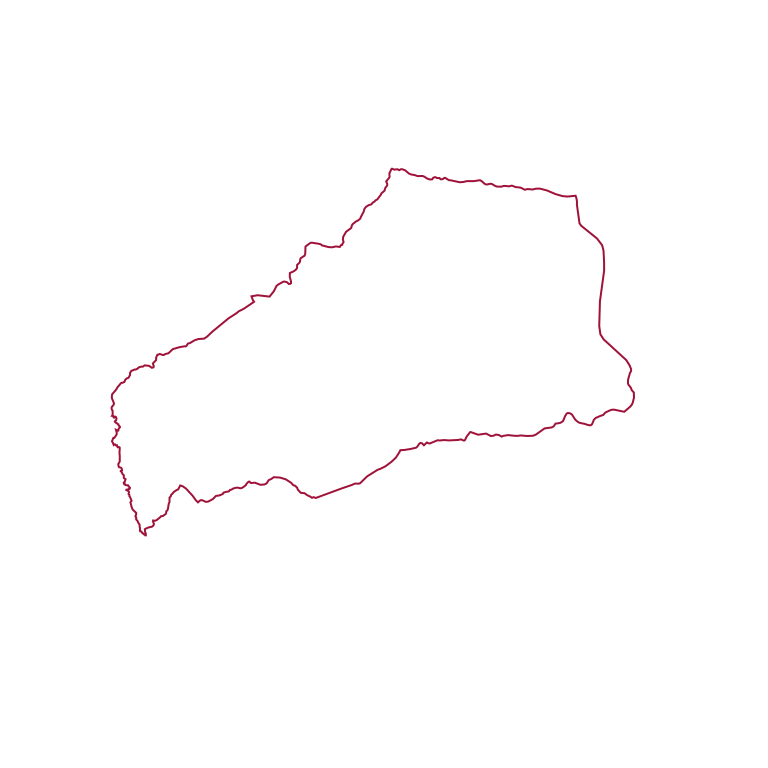 El Molino, La Guajira, Colombia (orthographic projection), rotated 308°
{"feature_id": "7082276B93784631738012", "entity_name": "El Molino", "entity_type": "district", "adm_level": 2, "iso_a3": "COL", "parent_name": "Colombia", "parent_adm1": "La Guajira", "projection": "orthographic", "projection_center": [-72.929, 10.627], "detail": "fine", "context": "isolated", "style": "outline", "palette": "rose", "viewbox_px": 768, "rotation_deg": 308, "n_neighbors": 0, "source": "geoboundaries", "source_scale": "gbopen_adm2", "svg_char_len": 6154}
<svg xmlns="http://www.w3.org/2000/svg" viewBox="0 0 768 768"><g transform="rotate(308 384 384)"><path d="M650.3,419.1L644.6,413.1L642.0,409.0L639.3,402.4L636.8,393.1L633.9,386.5L631.4,383.4L628.8,381.4L626.0,377.1L623.8,375.4L622.8,370.6L620.1,366.3L619.3,363.3L618.8,362.4L616.8,360.9L614.6,357.4L613.6,356.3L611.6,354.8L609.2,351.6L608.5,349.7L608.1,346.1L607.3,344.5L604.8,342.5L604.0,341.5L603.7,339.6L604.0,336.1L603.7,334.2L599.0,329.7L594.8,324.3L592.2,322.3L589.7,319.6L585.6,311.2L584.6,309.7L584.1,305.3L583.6,304.7L581.6,304.1L580.3,302.9L580.2,302.0L580.5,300.9L578.9,299.0L578.7,297.3L578.2,296.6L576.7,295.8L575.0,296.0L573.5,294.4L572.5,291.8L572.2,288.1L571.7,286.4L568.4,282.3L567.6,279.7L565.7,276.1L565.2,273.9L565.4,269.1L564.4,266.0L563.5,265.0L561.8,264.3L561.5,262.4L559.2,260.0L558.6,257.7L558.1,257.5L553.2,258.6L550.9,260.7L550.0,261.1L545.0,261.0L543.7,263.3L542.9,264.0L542.1,264.3L539.4,264.3L536.6,265.4L532.7,264.6L531.1,265.0L525.4,265.1L523.3,264.2L521.9,264.2L520.2,263.5L517.8,263.4L515.4,261.8L512.4,260.7L509.8,260.8L507.3,261.9L501.0,263.0L499.8,263.5L497.0,262.9L494.9,261.9L490.8,260.9L489.2,261.0L486.8,262.1L480.6,260.4L474.9,261.2L472.5,262.7L470.9,264.8L468.9,264.9L468.0,265.4L467.0,264.6L464.8,264.8L462.7,261.3L459.8,259.0L457.7,255.9L455.0,249.7L455.2,248.5L454.4,246.4L451.2,240.6L450.4,239.5L448.9,238.8L444.0,237.5L437.9,241.9L436.2,242.4L431.9,240.9L430.9,241.1L428.6,242.5L427.3,242.7L424.4,242.2L421.8,244.1L420.1,244.2L417.5,243.6L413.5,241.5L410.4,243.8L407.7,247.4L406.2,248.7L405.2,248.4L404.2,247.4L404.5,244.9L403.4,242.4L402.5,241.6L397.2,239.4L395.3,238.9L389.1,240.1L382.4,240.0L376.1,229.7L371.5,225.6L369.3,229.2L368.8,231.0L356.7,227.1L351.9,224.8L349.8,224.4L339.8,221.0L320.0,216.6L312.3,215.4L309.0,214.3L305.1,210.0L301.8,207.8L296.9,205.9L295.0,204.6L292.2,204.9L291.5,204.5L290.8,203.5L286.9,200.0L281.4,196.1L275.5,195.2L273.0,193.2L271.3,192.6L270.8,192.1L269.6,188.8L268.2,188.1L267.6,187.4L264.6,188.2L263.8,188.6L263.5,189.1L262.4,189.7L257.9,189.2L256.3,191.6L255.2,192.1L253.8,191.0L253.7,187.7L251.3,183.9L249.4,183.4L248.4,182.2L246.3,180.6L244.2,180.3L242.5,179.4L241.6,178.3L240.4,177.9L239.0,176.8L236.5,177.0L234.8,178.3L232.0,178.8L231.1,178.6L230.4,178.0L228.3,177.5L225.7,178.2L225.0,177.6L224.0,177.3L223.3,176.4L222.7,176.2L217.4,176.0L214.6,176.4L208.6,176.1L206.3,177.4L205.1,178.6L202.5,183.2L200.8,183.8L198.9,183.6L197.4,184.0L196.2,185.4L195.8,186.7L192.7,189.1L191.5,189.3L192.1,190.1L191.3,191.3L191.3,192.0L192.8,192.1L193.0,193.0L192.1,194.5L190.5,195.2L189.6,194.9L188.6,195.1L188.4,196.7L188.7,197.2L188.5,198.6L188.7,199.6L188.0,200.3L187.7,202.3L187.3,202.6L186.2,202.4L185.0,202.6L183.7,203.3L183.3,203.0L182.9,201.0L181.0,203.5L179.5,204.4L175.6,204.7L174.9,203.9L171.4,204.9L170.8,206.5L169.5,208.6L170.7,208.9L170.9,209.3L170.6,210.5L171.3,211.4L170.6,212.0L170.2,213.2L171.2,214.0L171.3,214.5L171.0,215.1L166.8,218.0L164.6,220.1L160.2,223.5L157.3,223.9L155.7,225.6L155.3,226.4L156.1,228.1L156.0,229.2L154.7,230.7L153.4,230.1L153.1,230.3L153.2,231.4L152.1,233.4L151.9,235.2L150.1,236.5L149.7,237.1L149.9,238.9L147.1,240.0L146.2,239.6L145.6,240.1L145.8,240.8L145.1,241.2L145.4,241.8L145.2,242.5L146.6,244.8L145.9,246.0L146.1,246.4L145.9,247.6L145.0,248.1L144.4,248.0L144.0,247.5L143.7,247.6L142.2,246.1L141.8,246.2L142.2,248.5L141.9,249.6L140.0,250.5L139.9,251.6L138.8,252.5L138.6,253.4L137.3,255.8L136.5,257.0L134.7,257.0L131.7,260.8L130.3,263.3L129.9,268.0L129.1,268.7L126.5,269.7L126.4,270.8L124.7,272.1L124.3,274.2L123.3,275.9L122.8,277.8L121.7,278.9L121.1,279.2L120.2,280.5L118.4,281.8L117.8,282.6L118.4,283.6L117.7,285.6L118.0,286.3L117.7,287.3L118.1,288.2L117.7,289.0L118.1,289.5L119.6,288.2L120.4,286.8L122.2,285.0L122.7,285.0L125.9,286.7L128.7,289.0L130.7,289.4L131.5,289.1L132.2,288.7L133.4,286.7L134.3,286.1L135.3,287.8L136.7,288.6L141.3,289.7L142.5,289.7L144.0,291.1L147.3,292.0L147.9,291.9L149.7,290.8L151.1,291.1L153.0,290.4L157.1,288.1L159.0,287.6L162.3,285.0L164.3,285.1L165.8,284.5L167.1,284.8L169.7,284.8L170.8,285.3L172.7,285.8L174.2,286.7L178.6,285.9L179.5,288.5L179.7,292.4L178.1,302.1L176.5,307.4L176.2,310.3L178.7,310.7L179.9,311.4L180.5,312.3L181.4,316.0L182.0,316.8L183.2,317.9L188.0,320.0L192.4,320.5L194.6,322.7L197.3,324.3L198.4,324.7L199.5,324.4L202.0,326.1L203.7,327.8L205.8,327.9L206.9,328.9L208.6,329.4L210.6,330.8L212.2,332.4L213.4,335.0L214.4,335.9L216.4,336.7L219.2,337.4L220.8,337.1L223.6,337.4L224.3,338.2L224.0,339.2L224.2,340.4L226.7,342.9L228.5,348.7L231.2,351.6L233.4,352.7L237.2,352.3L239.9,353.7L242.7,354.5L246.3,359.8L248.4,365.3L249.0,371.7L248.4,374.8L249.1,376.6L248.8,379.4L247.7,381.1L247.0,385.4L249.0,388.6L249.1,392.0L249.9,395.4L250.0,397.3L251.5,398.2L252.0,399.9L252.5,400.6L275.6,414.9L284.6,420.8L286.8,421.9L287.8,422.6L290.0,425.6L291.3,426.3L300.9,427.6L312.5,431.8L314.8,433.3L320.0,435.8L327.4,437.8L333.5,438.7L339.7,438.1L342.0,437.7L344.4,440.5L348.9,444.7L353.4,448.4L354.9,448.8L358.6,448.6L359.9,448.9L360.7,450.6L360.3,453.2L364.3,453.8L364.9,456.2L365.6,456.8L372.7,460.9L373.8,462.7L376.7,465.7L379.6,470.0L385.5,476.8L387.8,478.8L388.4,481.4L388.9,482.1L389.8,482.3L393.6,481.5L399.1,481.5L399.5,481.9L402.0,489.4L407.8,495.0L408.8,500.3L410.9,502.3L413.1,503.3L414.6,506.2L415.0,509.1L416.4,509.8L420.1,513.2L423.4,518.5L425.2,521.0L427.7,523.5L431.3,529.0L434.9,533.2L437.3,534.7L447.9,537.9L452.7,542.6L454.0,543.4L455.3,543.8L458.3,543.5L461.4,546.5L462.7,547.2L465.2,547.9L470.0,546.5L472.4,546.2L473.7,546.3L474.4,546.8L475.4,548.6L475.7,550.8L473.6,556.8L473.5,560.8L474.1,562.7L476.1,566.6L477.2,569.8L478.3,571.8L479.0,572.4L480.4,572.7L485.1,571.4L487.5,571.7L492.2,574.2L494.5,575.8L497.8,576.0L502.2,578.2L503.8,579.2L505.4,581.0L510.0,590.4L517.8,592.0L520.3,592.0L522.5,591.5L527.3,589.3L531.1,586.1L531.7,582.9L533.0,581.0L534.0,576.9L534.9,575.7L537.6,573.7L544.2,571.0L546.2,570.8L547.9,569.5L549.9,566.0L552.0,560.2L554.4,529.5L556.4,523.9L562.2,517.9L582.2,503.2L608.8,487.7L615.3,482.6L624.2,474.9L627.7,470.4L629.8,462.1L630.1,442.0L631.0,439.1L644.1,425.6L646.5,423.8L648.5,421.7L650.3,419.1Z" fill="none" stroke="#9f1239" stroke-width="2"/></g></svg>